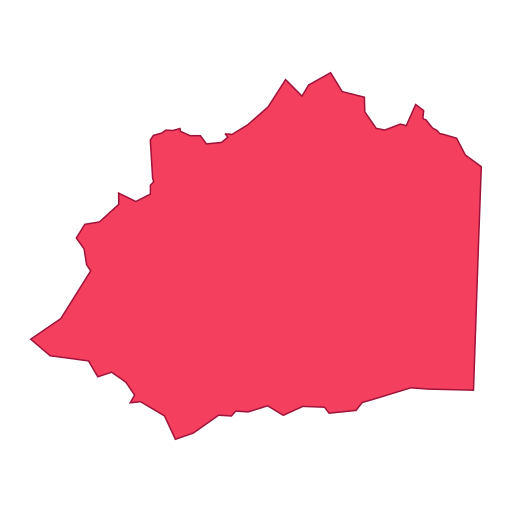 outline of Wilkes, North Carolina, United States of America
{"feature_id": "52423323B43261157004179", "entity_name": "Wilkes", "entity_type": "district", "adm_level": 2, "iso_a3": "USA", "parent_name": "United States of America", "parent_adm1": "North Carolina", "projection": "orthographic", "projection_center": [-81.218, 36.219], "detail": "fine", "context": "isolated", "style": "filled", "palette": "rose", "viewbox_px": 512, "rotation_deg": 0, "n_neighbors": 0, "source": "geoboundaries", "source_scale": "gbopen_adm2", "svg_char_len": 1229}
<svg xmlns="http://www.w3.org/2000/svg" viewBox="0 0 512 512"><path d="M30.7,339.2L50.2,355.8L88.5,360.9L97.8,376.8L111.6,372.2L123.7,380.6L124.0,380.9L124.4,381.2L125.2,381.8L125.7,382.2L125.9,382.2L134.6,395.1L130.2,402.8L140.6,401.7L164.5,415.9L175.4,439.3L193.4,433.0L218.6,415.2L231.4,416.0L235.7,411.1L248.2,411.9L267.6,405.8L283.3,415.3L302.8,406.4L324.5,407.2L329.1,413.2L356.1,410.4L362.2,402.5L375.3,398.7L410.7,387.8L413.6,388.0L420.0,388.5L425.8,388.9L428.6,389.1L453.4,389.7L473.5,390.2L478.6,241.1L481.3,166.7L465.3,155.0L456.6,138.2L442.5,134.1L439.9,133.7L436.9,130.4L432.4,127.9L425.9,119.8L423.5,119.0L422.9,117.9L423.7,110.6L415.7,104.5L406.3,125.6L400.3,124.1L384.9,130.0L376.2,128.4L364.8,111.8L364.4,97.2L342.2,91.6L330.6,72.7L308.6,85.0L302.0,96.1L285.6,79.6L268.1,106.9L247.6,124.9L232.1,134.4L225.6,133.9L225.4,134.1L227.8,137.2L221.6,142.4L206.5,143.9L200.4,135.7L190.2,135.7L180.5,131.4L180.0,128.5L172.9,130.5L165.9,130.1L161.9,133.0L153.4,135.4L150.3,140.1L152.6,177.9L153.6,181.8L150.4,185.3L150.4,194.1L135.8,201.5L118.6,193.1L118.8,204.3L99.5,221.9L84.9,224.3L76.3,238.0L84.1,248.9L86.5,264.0L86.5,264.5L90.7,270.9L60.8,318.6L30.7,339.2Z" fill="#f43f5e" stroke="#9f1239" stroke-width="1.5"/></svg>